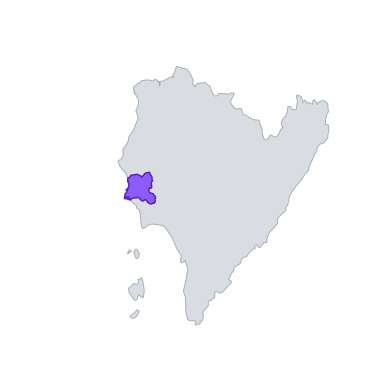 Spain, with Murcia highlighted, rotated 116°
{"feature_id": "ESP-5836", "entity_name": "Murcia", "entity_type": "Autonomous Community", "adm_level": 1, "iso_a3": "ESP", "parent_name": "Spain", "parent_adm1": "", "projection": "robinson", "projection_center": [-1.387, 38.068], "detail": "fine", "context": "in_parent", "style": "filled", "palette": "violet", "viewbox_px": 384, "rotation_deg": 116, "n_neighbors": 0, "source": "natural_earth", "source_scale": "10m", "svg_char_len": 6782}
<svg xmlns="http://www.w3.org/2000/svg" viewBox="0 0 384 384"><g transform="rotate(116 192 192)"><path d="M204.7,102.6L204.7,103.5L206.3,105.2L211.3,106.2L212.5,106.9L212.3,109.2L211.1,111.1L212.2,112.0L213.4,112.0L214.8,110.4L215.1,111.4L217.4,112.4L222.3,114.2L225.8,114.5L229.5,118.0L235.3,117.4L240.7,120.8L245.6,120.1L246.8,120.7L254.5,120.8L254.9,118.0L255.8,116.9L269.2,120.8L270.9,123.2L270.6,124.4L271.4,127.2L273.1,127.1L276.6,125.5L281.2,127.5L282.5,129.2L283.4,129.3L286.8,127.6L296.2,129.7L296.5,128.3L297.2,127.9L301.0,126.7L302.6,126.4L307.6,127.4L308.3,129.0L309.3,129.6L309.7,131.0L306.8,131.8L306.5,134.2L308.4,136.2L308.6,139.7L303.7,144.2L289.5,151.8L284.9,156.3L274.2,158.7L263.2,162.0L256.6,168.1L258.3,168.6L260.3,170.6L259.7,171.6L256.8,173.0L254.2,173.4L249.5,180.9L242.8,188.6L240.4,192.1L235.2,201.2L235.1,203.8L237.8,212.9L239.3,215.3L241.4,217.2L245.3,218.9L246.3,220.6L245.0,222.2L241.0,225.1L234.1,228.9L231.2,231.9L230.6,234.8L228.6,236.1L227.8,240.2L225.1,245.9L224.9,247.4L227.0,249.4L224.9,250.7L214.3,251.2L207.7,255.7L204.3,259.6L201.3,266.9L197.7,271.2L196.1,272.0L193.6,270.1L190.5,269.9L187.4,270.5L185.8,272.0L183.4,272.8L180.9,272.1L175.7,271.7L173.4,271.8L169.7,273.0L166.6,272.2L161.4,271.8L149.9,272.7L148.5,273.2L143.4,278.1L137.8,278.3L132.8,280.3L129.4,285.1L128.7,287.6L127.7,287.0L126.9,287.2L126.5,289.2L123.0,290.4L119.1,288.8L116.0,286.4L114.3,286.3L111.6,282.6L110.4,280.2L109.6,277.6L109.6,275.8L107.2,274.8L106.6,272.5L108.5,269.4L110.9,267.8L108.7,267.9L107.0,269.8L105.0,266.7L96.9,260.6L97.4,258.4L95.9,260.1L95.0,260.5L90.8,260.2L85.9,261.0L84.0,250.6L85.4,246.9L91.0,239.8L94.4,238.9L95.9,235.2L92.7,235.4L87.9,228.3L89.4,221.8L94.4,216.8L95.3,214.8L95.5,213.0L94.6,211.7L91.9,211.0L89.2,205.8L88.6,202.6L86.4,200.8L84.6,197.6L86.3,197.1L93.3,197.1L95.0,196.2L96.4,194.1L97.8,190.5L98.1,188.4L95.5,185.3L95.4,184.7L95.8,183.7L100.1,180.2L99.3,177.7L100.1,172.4L99.9,169.2L99.5,166.7L98.1,163.4L99.1,162.0L101.3,160.9L103.2,158.2L105.8,155.9L109.2,154.1L113.2,150.1L112.6,148.4L111.3,147.3L106.5,146.6L106.2,145.8L106.3,141.5L105.1,139.7L103.3,139.9L100.7,139.2L100.0,139.7L96.6,139.5L94.2,138.8L93.2,139.4L92.8,140.9L88.8,142.5L86.6,142.4L82.9,141.1L78.7,141.6L78.2,141.2L74.5,143.0L73.3,143.0L71.9,140.9L73.9,137.8L72.3,134.9L71.2,134.8L64.5,136.9L60.5,139.8L59.0,140.1L58.5,139.6L58.4,135.6L62.6,131.3L60.0,131.1L60.2,129.8L61.9,127.8L60.3,126.4L60.4,122.1L56.7,123.4L55.8,123.2L55.8,121.5L58.2,118.0L55.8,117.7L54.1,116.4L52.0,113.5L52.1,112.0L53.4,108.5L56.6,106.9L59.7,104.5L64.0,104.9L70.4,102.9L72.6,101.8L72.6,100.4L71.9,99.3L72.6,98.3L77.8,95.4L80.9,95.0L84.1,93.6L86.2,94.5L88.1,94.2L90.2,95.3L92.9,97.9L97.0,98.9L100.3,98.1L117.1,97.9L121.9,96.6L125.5,98.2L132.7,98.9L137.0,100.2L148.8,102.4L153.1,102.4L161.8,100.3L164.2,100.8L167.7,99.8L169.3,100.0L171.5,101.5L179.1,103.5L181.1,101.8L182.6,101.4L188.0,102.5L193.6,104.6L196.4,104.8L200.6,104.2L204.7,102.6ZM307.6,194.3L309.6,195.1L311.7,194.4L312.9,194.6L314.0,195.0L314.3,196.7L309.9,204.6L306.3,206.8L302.7,205.1L300.6,204.6L299.9,204.0L299.4,201.4L298.4,200.6L297.0,200.3L294.3,202.3L293.4,200.9L292.0,200.7L291.5,199.9L291.5,198.8L300.1,192.6L302.6,191.3L307.8,189.7L308.6,189.9L308.0,190.9L308.7,191.7L307.6,194.3ZM332.0,191.0L331.2,193.3L324.7,190.3L322.6,190.0L322.1,189.5L322.3,187.3L326.6,187.0L330.1,188.1L332.0,191.0ZM272.4,216.5L271.6,218.1L268.4,217.6L267.7,216.9L268.4,215.2L269.3,214.9L269.4,213.7L270.3,212.4L274.8,211.4L275.8,212.2L276.1,213.5L273.4,216.2L272.4,216.5ZM275.6,222.8L275.1,223.2L271.6,222.9L271.5,221.8L272.2,220.4L273.5,221.8L275.5,222.1L275.6,222.8Z" fill="#d9dde1" stroke="#a8b0b8" stroke-width="1"/><path d="M226.2,243.9L226.3,245.0L226.2,245.2L225.6,244.5L225.1,245.9L224.8,246.1L224.4,246.2L224.2,246.6L224.3,247.1L225.0,248.3L225.2,248.5L225.9,248.9L226.3,249.2L226.8,249.2L226.9,248.9L227.3,249.1L227.5,249.4L227.4,249.7L227.1,250.0L226.9,250.1L226.7,250.2L226.4,250.1L226.1,250.2L225.6,250.4L225.2,250.5L224.6,250.8L223.8,250.8L223.6,250.9L223.3,251.0L222.8,251.3L222.6,251.2L221.7,250.8L221.0,250.7L219.7,250.7L219.3,250.7L219.0,250.8L218.8,251.0L218.6,251.3L218.7,251.5L218.9,252.0L218.3,251.8L217.7,251.7L217.5,251.4L217.4,251.1L217.0,251.1L216.3,250.8L216.1,250.8L215.7,251.1L215.7,251.3L215.1,251.3L214.3,251.2L213.7,251.5L213.4,251.7L212.5,252.6L212.1,252.8L211.7,252.9L211.6,253.0L211.4,253.1L211.2,253.2L211.2,253.3L211.1,253.5L210.9,254.3L210.9,254.5L210.7,254.6L210.3,254.5L210.1,254.6L209.7,254.9L209.5,255.0L209.2,255.1L208.1,255.5L207.6,255.8L205.7,254.3L204.5,254.0L204.3,254.1L204.2,254.3L203.9,254.3L203.7,254.2L203.5,253.9L200.3,249.2L200.2,249.0L200.1,248.8L200.0,248.6L200.0,248.2L200.0,247.6L200.0,247.4L200.1,247.1L200.2,246.8L200.2,246.6L200.1,246.3L200.0,245.4L200.2,244.9L200.2,244.7L200.2,244.3L200.3,244.1L200.4,243.9L200.6,243.6L200.6,243.4L198.5,243.0L197.7,242.7L196.5,242.7L195.7,242.2L195.2,241.9L194.6,241.2L194.2,240.6L193.9,240.0L193.7,239.8L193.0,239.3L193.3,238.4L193.4,238.2L194.2,237.4L194.9,236.5L195.4,235.3L195.7,235.0L196.3,234.4L196.5,234.3L196.8,234.2L197.2,234.1L197.4,234.0L198.3,233.2L198.9,232.6L199.2,232.4L199.5,232.3L199.8,232.5L200.2,232.8L200.3,232.9L201.0,232.7L201.7,232.6L202.0,232.5L202.5,232.2L203.3,231.6L204.4,231.0L204.5,230.8L204.5,230.7L204.9,230.6L205.0,230.4L205.4,230.3L205.5,230.3L205.9,230.5L206.0,230.5L206.4,230.5L206.5,230.5L206.8,230.8L206.8,231.0L206.7,231.3L206.8,231.4L206.8,231.5L207.0,231.8L207.4,232.0L207.6,232.0L207.8,232.1L208.0,232.1L209.2,231.7L210.8,230.5L210.9,230.3L211.0,230.1L211.1,229.9L211.1,229.7L211.0,228.9L211.0,228.5L210.9,227.7L210.9,227.2L210.8,226.9L210.7,226.7L210.6,226.3L210.6,226.2L211.0,225.6L211.4,225.3L211.5,225.1L211.6,224.9L211.6,224.6L211.6,224.4L211.7,224.0L212.0,223.3L212.7,222.5L213.0,222.2L213.3,222.1L213.5,222.1L213.7,222.4L213.9,222.5L214.1,222.5L215.3,221.8L215.8,221.3L216.0,221.2L217.5,220.8L218.4,221.0L218.6,221.1L218.8,221.4L218.8,221.6L218.8,221.8L219.5,222.4L220.7,223.3L221.0,224.9L221.0,225.6L220.8,226.3L220.7,226.7L220.8,227.3L220.7,227.5L220.5,227.8L219.7,228.5L219.4,229.0L219.4,229.4L219.4,230.4L219.4,230.8L219.5,231.1L220.1,231.2L220.9,231.5L221.2,231.6L221.3,231.7L221.5,232.1L221.8,233.1L221.8,233.4L221.7,233.8L221.6,234.0L221.5,234.8L221.4,235.0L221.3,235.4L220.7,236.3L220.6,236.6L220.5,237.0L220.5,237.5L220.6,238.0L220.7,238.3L220.9,238.4L221.0,238.6L221.5,239.3L221.9,240.0L222.1,240.4L222.3,240.6L222.5,241.0L222.8,241.5L223.5,242.4L223.7,242.5L224.6,243.4L224.7,243.5L225.1,243.6L225.3,243.7L225.4,243.8L225.6,243.9L225.6,244.0L225.8,244.0L226.2,243.9L226.2,243.9ZM226.8,246.4L226.6,247.0L226.6,247.6L226.9,248.6L226.5,248.1L226.4,247.3L226.4,246.5L226.3,245.8L226.5,245.8L226.6,246.0L226.7,246.3L226.8,246.4Z" fill="#8b5cf6" stroke="#5b21b6" stroke-width="1.5"/></g></svg>